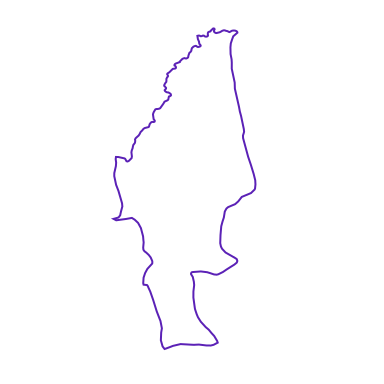 outline of San Pedro Jocopilas, Quiché, Guatemala, rotated 76°
{"feature_id": "79465075B58420470493896", "entity_name": "San Pedro Jocopilas", "entity_type": "district", "adm_level": 2, "iso_a3": "GTM", "parent_name": "Guatemala", "parent_adm1": "Quiché", "projection": "natural_earth1", "projection_center": [-91.208, 15.163], "detail": "fine", "context": "isolated", "style": "outline", "palette": "violet", "viewbox_px": 384, "rotation_deg": 76, "n_neighbors": 0, "source": "geoboundaries", "source_scale": "gbopen_adm2", "svg_char_len": 4104}
<svg xmlns="http://www.w3.org/2000/svg" viewBox="0 0 384 384"><g transform="rotate(76 192 192)"><path d="M337.7,256.6L337.6,255.2L337.2,251.6L337.0,249.9L336.7,247.7L336.8,239.9L340.7,227.3L341.7,222.2L344.4,215.1L345.5,210.9L345.5,208.0L344.4,203.5L342.7,203.6L337.1,205.3L333.6,207.2L329.6,209.1L326.4,211.4L320.1,214.8L315.0,216.5L311.8,217.0L308.0,217.3L306.2,217.4L304.9,217.3L294.8,216.2L288.9,214.7L282.8,212.4L279.5,211.9L274.6,211.8L271.5,212.8L270.7,212.6L269.9,211.8L269.8,210.9L271.2,202.7L273.5,196.7L275.0,194.2L277.3,190.6L278.2,188.1L278.2,186.4L277.1,181.3L275.6,177.3L273.9,172.2L272.7,168.5L272.0,167.0L271.3,165.6L269.9,164.7L268.0,164.8L266.8,165.8L266.3,166.3L258.8,174.1L254.3,176.6L251.9,177.1L248.5,177.0L240.8,174.8L232.3,171.9L228.0,169.5L224.5,167.3L218.9,164.9L216.4,162.6L215.4,160.6L214.2,153.0L212.3,149.4L208.8,144.9L207.5,136.3L207.3,135.0L204.8,130.7L203.9,130.0L200.0,128.6L195.9,127.8L189.4,127.8L187.4,127.9L179.9,128.3L171.4,129.0L152.1,129.4L149.6,128.9L148.6,128.3L147.6,127.7L146.2,126.9L143.5,126.5L130.1,126.0L125.5,126.1L120.8,125.8L102.1,125.4L96.1,124.1L82.0,123.6L76.1,122.1L72.9,121.5L67.5,121.2L60.9,119.7L57.2,118.4L53.7,116.2L50.9,114.3L48.4,109.4L47.5,109.4L46.7,109.9L46.2,110.6L45.8,111.2L45.6,111.8L45.3,113.0L45.2,114.0L45.3,114.7L45.7,116.0L45.9,116.9L45.5,117.6L44.9,118.2L44.3,119.0L44.1,119.5L43.8,120.1L43.4,120.6L43.0,121.3L42.8,122.1L42.8,122.7L42.9,123.2L42.9,123.7L43.2,124.6L43.5,125.5L43.7,126.4L43.7,128.7L43.7,129.6L43.6,130.2L43.1,130.9L42.3,131.6L41.4,131.8L40.7,131.6L40.1,131.1L39.6,130.7L38.9,130.8L38.5,131.5L38.5,132.1L39.0,133.0L39.5,133.7L39.7,134.3L40.4,135.0L40.7,135.6L40.6,136.3L40.9,137.6L41.5,138.1L42.0,138.3L42.8,138.5L43.7,138.6L44.2,138.7L44.6,139.3L44.8,140.1L44.6,141.0L44.2,141.8L43.8,142.2L43.2,142.6L42.9,143.4L42.9,143.9L43.1,144.7L43.0,145.8L42.4,146.5L42.0,147.1L41.8,148.0L41.8,149.0L45.1,149.3L46.7,149.0L48.1,148.8L48.9,149.0L49.7,149.0L50.3,148.9L50.8,148.6L51.6,148.2L52.2,148.2L52.6,148.6L52.8,149.4L52.8,151.1L52.4,151.7L52.0,152.1L51.5,152.4L51.1,152.9L51.1,154.3L51.3,155.4L52.4,157.3L53.6,158.0L54.8,158.5L55.8,159.6L56.3,160.8L58.5,162.3L60.4,163.2L60.8,163.9L61.1,165.1L60.8,166.1L60.3,166.8L60.3,167.9L60.5,169.1L62.6,172.5L63.0,172.5L63.4,176.5L63.7,177.5L64.3,178.2L65.0,178.4L65.7,177.7L66.5,177.4L67.2,177.4L67.7,177.6L68.1,178.2L68.1,178.9L67.9,180.9L70.4,185.1L70.8,186.4L71.2,187.3L71.8,187.6L72.7,187.3L73.2,187.2L73.7,187.2L74.4,187.8L74.7,188.4L76.1,189.5L77.5,189.8L78.9,190.3L80.0,191.7L81.3,192.9L82.2,193.3L83.4,192.6L84.7,192.0L85.4,192.2L85.8,192.8L86.6,193.9L87.4,193.8L88.2,193.3L89.0,192.5L89.4,191.8L89.7,190.8L90.8,189.7L91.7,189.0L92.9,188.9L93.3,189.2L93.7,190.2L93.8,191.3L95.1,192.0L96.3,192.5L96.8,193.0L97.1,193.6L97.7,196.8L99.3,198.3L102.9,202.5L103.2,203.3L103.2,204.4L103.1,205.6L102.9,206.3L102.9,207.0L103.0,207.6L105.1,209.7L106.2,210.5L107.3,211.1L112.0,211.6L112.8,211.2L113.9,210.9L114.6,211.2L114.8,211.7L114.8,212.4L114.5,213.0L114.4,213.7L114.4,214.5L115.0,215.5L116.0,216.7L116.9,217.2L118.1,217.9L118.4,218.3L118.5,218.8L118.5,222.3L118.9,223.6L119.4,224.4L120.1,225.2L121.4,227.4L123.1,228.8L124.3,230.1L125.6,232.6L126.3,233.8L127.3,234.6L128.6,234.7L129.9,235.2L130.7,235.7L132.2,237.6L133.7,238.4L135.1,239.0L137.1,240.4L138.9,241.2L142.9,241.7L144.5,242.4L146.5,245.7L146.8,247.1L146.3,248.1L143.7,248.8L143.1,249.3L140.2,255.1L139.6,257.3L141.6,258.1L145.2,258.5L148.5,259.6L154.8,262.8L157.8,263.6L166.7,263.9L173.1,263.1L186.0,262.6L189.2,263.1L194.1,265.8L197.2,267.3L198.6,269.0L199.0,270.0L199.1,274.6L201.1,272.4L202.2,262.6L202.6,256.6L205.0,254.3L208.9,251.8L214.7,250.3L223.2,250.2L226.9,250.8L229.2,251.1L234.1,252.8L236.2,253.1L237.2,252.8L238.2,252.3L239.8,251.0L242.6,249.2L245.6,247.9L249.2,247.3L250.3,247.4L251.8,247.9L255.8,253.9L259.3,257.1L263.4,259.7L268.7,261.4L270.2,261.4L271.1,259.0L271.3,258.3L271.7,258.0L272.8,257.6L274.3,257.4L278.5,256.6L287.2,255.8L289.0,255.7L299.3,255.1L308.1,254.0L309.5,253.8L317.0,254.2L320.9,255.9L328.4,258.1L334.7,257.9L337.7,256.6Z" fill="none" stroke="#5b21b6" stroke-width="2"/></g></svg>